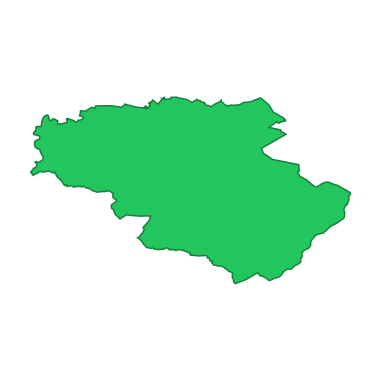 outline of Clane Lea-5, Kildare, Ireland, rotated 172°
{"feature_id": "5873133B16730843557945", "entity_name": "Clane Lea-5", "entity_type": "district", "adm_level": 2, "iso_a3": "IRL", "parent_name": "Ireland", "parent_adm1": "Kildare", "projection": "equal_earth", "projection_center": [-6.848, 53.344], "detail": "fine", "context": "isolated", "style": "filled", "palette": "green", "viewbox_px": 384, "rotation_deg": 172, "n_neighbors": 0, "source": "geoboundaries", "source_scale": "gbopen_adm2", "svg_char_len": 5053}
<svg xmlns="http://www.w3.org/2000/svg" viewBox="0 0 384 384"><g transform="rotate(172 192 192)"><path d="M347.7,231.3L347.3,231.0L347.0,231.1L346.8,230.7L346.3,231.2L341.9,232.2L340.5,233.3L337.9,233.2L337.3,232.5L332.2,232.5L330.8,232.8L327.3,230.3L325.3,230.7L324.9,229.3L323.4,227.1L323.9,226.9L322.2,224.1L319.7,221.2L317.3,216.1L315.5,217.1L315.0,214.7L313.3,215.0L310.4,215.0L309.0,214.0L308.8,213.5L307.9,213.4L308.0,213.6L306.6,213.4L306.1,213.6L305.2,213.4L304.2,213.7L303.8,213.2L303.3,213.5L301.1,213.0L300.8,212.4L298.4,212.7L297.2,211.3L292.8,209.5L291.9,209.0L290.6,207.2L288.0,206.3L286.6,205.1L280.0,204.9L278.9,204.5L275.9,204.8L273.9,204.6L273.2,204.1L270.6,201.7L270.3,200.9L270.7,200.5L270.5,199.4L271.0,198.8L271.1,198.0L270.3,196.6L268.4,195.1L267.7,193.6L273.2,190.7L273.9,189.7L273.9,187.5L273.7,186.7L272.4,185.6L272.3,185.0L271.4,184.0L271.8,182.8L271.2,182.0L271.4,181.2L271.0,180.1L270.2,179.5L269.5,178.3L268.1,177.4L268.0,176.2L267.2,175.4L266.6,175.4L266.6,175.7L259.4,178.7L258.9,178.2L255.4,177.2L245.1,175.0L242.7,175.0L236.5,174.0L238.3,169.7L245.1,163.9L245.4,163.3L244.5,162.1L245.8,159.4L251.3,154.3L252.2,154.2L250.3,152.5L247.8,148.7L247.4,147.2L245.8,145.3L245.5,144.4L244.2,143.5L244.2,143.2L242.3,142.7L241.1,141.9L239.5,142.0L238.1,141.7L237.4,140.6L236.4,140.9L235.0,139.9L233.9,140.0L233.3,139.5L232.0,139.6L231.6,140.0L230.0,139.3L229.2,139.3L228.7,139.6L228.0,139.3L225.4,140.2L223.9,140.0L223.9,139.6L223.1,139.1L223.1,138.6L222.2,137.9L221.0,137.6L220.9,137.9L220.0,138.0L219.1,137.3L217.0,137.3L216.2,136.2L212.9,136.9L212.5,136.8L210.0,135.6L209.5,135.8L208.7,135.6L208.6,135.1L205.8,133.8L204.6,132.8L202.8,132.2L202.3,131.3L202.7,131.0L202.4,130.7L202.4,129.8L201.5,129.5L200.8,129.1L198.6,129.1L197.9,128.6L196.3,128.4L194.8,127.8L188.8,127.4L186.6,126.9L185.4,125.2L185.9,125.4L186.0,124.8L185.8,124.5L184.2,124.2L183.9,121.8L183.1,121.0L182.3,121.3L181.8,121.1L182.2,120.2L181.7,120.2L181.5,119.9L182.0,118.5L181.3,117.8L180.9,116.7L178.1,115.9L176.5,115.0L174.2,114.8L172.3,114.0L170.9,113.0L170.1,111.9L168.8,111.0L166.6,108.3L164.3,107.2L163.5,106.6L163.2,105.9L163.7,104.6L163.5,103.5L164.1,102.0L163.1,99.8L163.3,98.5L162.9,96.3L162.2,96.0L161.7,95.2L150.6,97.8L140.5,102.0L137.8,102.6L136.6,100.0L131.5,97.3L128.0,93.5L126.4,93.8L121.9,95.2L119.6,95.4L117.4,95.9L115.3,97.1L112.7,100.0L111.0,101.2L108.2,102.4L105.6,101.9L104.3,102.0L101.5,103.8L100.0,105.0L97.5,105.5L94.9,107.0L93.9,107.9L93.7,110.9L92.3,112.1L91.9,113.0L91.9,115.3L90.7,117.5L88.7,118.7L84.3,120.2L82.7,121.5L81.8,122.9L81.4,126.0L78.9,129.2L77.0,130.5L76.4,131.6L73.9,132.5L67.6,133.2L59.1,138.9L53.6,140.7L45.4,144.9L44.4,146.7L43.6,150.5L44.2,153.4L43.3,154.8L42.7,156.7L42.0,157.1L40.9,157.3L40.1,158.2L38.0,161.8L37.1,166.1L35.2,168.3L35.3,169.1L35.9,169.8L47.1,178.4L51.1,180.1L54.0,182.1L55.5,182.7L57.7,183.1L60.2,182.8L62.9,181.8L66.9,179.9L68.5,179.9L69.8,180.5L71.3,181.8L76.5,187.7L83.2,192.7L83.5,194.4L84.4,195.4L84.8,196.5L82.5,198.1L82.9,200.8L82.8,202.2L82.4,202.8L82.6,204.3L90.0,206.8L90.9,207.1L91.2,207.3L107.7,213.0L116.0,220.5L117.1,225.6L90.9,236.1L92.6,237.6L95.8,239.6L95.3,241.0L106.9,245.3L98.1,249.8L97.9,249.2L96.8,248.1L96.4,248.5L95.9,248.3L95.5,248.7L91.6,249.3L89.4,249.3L89.3,249.5L89.6,250.6L91.5,252.9L100.4,259.8L103.8,267.8L111.1,275.7L121.9,273.1L128.7,273.5L132.5,271.8L136.0,272.0L137.0,271.8L141.1,272.6L143.4,272.4L144.6,272.1L147.7,274.1L148.6,275.7L150.0,277.0L150.3,279.0L151.3,278.0L153.4,276.9L156.5,276.2L161.0,273.9L161.6,273.8L163.0,275.0L166.0,276.1L166.7,276.8L166.8,278.4L168.3,279.4L169.0,279.2L170.2,279.9L171.6,281.6L173.4,281.8L174.3,283.1L174.8,282.6L177.0,281.9L179.3,280.7L185.3,284.8L191.5,286.7L194.3,288.1L199.9,288.6L200.4,287.2L205.4,287.5L206.9,287.7L206.1,289.5L206.9,289.5L207.5,288.6L208.6,288.8L208.3,288.5L209.0,287.6L210.0,287.0L213.4,283.7L218.2,288.6L220.1,286.3L221.5,286.8L222.5,285.8L221.2,284.9L222.2,283.6L221.6,282.7L225.2,280.9L225.4,281.2L226.1,280.8L226.4,281.0L224.6,282.2L225.7,283.6L228.3,282.0L235.9,284.0L246.4,288.4L246.9,287.4L250.9,285.6L253.0,286.8L260.9,288.8L271.4,290.2L274.8,290.5L275.5,290.5L276.4,288.5L278.4,289.5L279.7,289.7L286.7,286.8L290.9,288.1L291.3,287.6L291.6,285.4L292.8,283.2L289.3,281.4L290.0,279.6L293.1,278.7L294.9,278.9L295.1,277.9L297.2,277.3L299.0,279.1L305.5,282.2L306.0,282.1L305.8,278.4L311.3,277.7L313.1,277.9L315.4,277.7L315.6,278.1L315.1,281.1L315.5,281.7L316.5,282.1L318.2,283.6L320.3,283.7L320.6,282.6L322.8,282.1L322.5,282.8L323.7,284.5L323.3,286.4L324.2,288.1L324.9,288.5L327.9,287.4L329.3,285.8L331.2,282.0L332.2,277.9L333.2,277.6L335.4,278.5L337.3,278.3L338.1,274.7L340.8,272.5L340.9,271.7L340.3,270.8L335.8,269.1L335.2,267.9L335.3,265.8L339.4,264.8L340.7,263.8L341.5,260.5L341.1,258.8L340.4,257.6L339.3,256.6L336.5,254.6L336.6,252.7L334.4,246.9L335.4,244.7L338.6,243.0L340.3,242.8L342.3,243.7L343.1,243.6L343.0,242.9L341.8,241.3L341.8,240.7L342.6,238.6L345.6,237.4L346.7,236.1L348.7,234.5L348.8,233.6L347.6,232.1L347.7,231.3Z" fill="#22c55e" stroke="#15803d" stroke-width="1.5"/></g></svg>